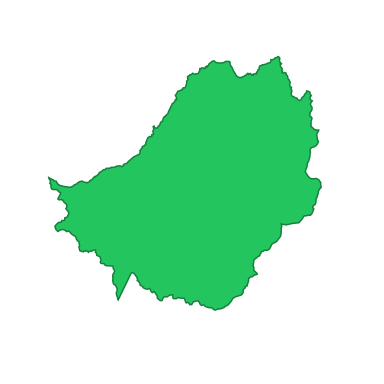 Planadas, Tolima, Colombia (orthographic projection), rotated 344°
{"feature_id": "7082276B16084639884321", "entity_name": "Planadas", "entity_type": "district", "adm_level": 2, "iso_a3": "COL", "parent_name": "Colombia", "parent_adm1": "Tolima", "projection": "orthographic", "projection_center": [-75.818, 3.098], "detail": "fine", "context": "isolated", "style": "filled", "palette": "green", "viewbox_px": 384, "rotation_deg": 344, "n_neighbors": 0, "source": "geoboundaries", "source_scale": "gbopen_adm2", "svg_char_len": 5951}
<svg xmlns="http://www.w3.org/2000/svg" viewBox="0 0 384 384"><g transform="rotate(344 192 192)"><path d="M327.2,166.1L324.3,161.3L325.2,159.8L325.7,157.3L327.6,154.4L327.6,153.2L326.3,151.2L326.2,150.2L327.1,149.2L327.3,148.3L329.4,146.6L330.2,145.5L330.7,143.8L329.9,141.0L330.7,139.1L332.8,137.6L331.8,136.8L331.0,134.6L332.2,133.0L333.3,132.2L332.5,130.6L332.8,128.7L332.2,127.7L330.1,126.5L329.8,127.4L327.1,129.3L326.0,130.6L323.7,131.6L322.1,133.6L320.8,133.8L319.3,132.4L318.6,130.6L316.9,129.7L316.2,128.3L315.1,128.0L314.4,127.0L314.3,125.6L315.0,123.8L315.8,122.6L315.8,120.0L316.5,118.7L315.6,118.2L315.3,117.7L315.4,116.1L316.6,113.6L316.2,110.8L315.5,109.4L315.8,106.7L315.0,105.5L315.2,103.7L314.2,102.7L312.0,102.8L311.5,102.4L311.8,100.7L312.4,100.6L312.1,99.3L312.7,98.2L311.9,96.5L311.7,95.1L312.2,93.3L312.9,93.7L313.4,93.4L312.3,91.4L312.5,88.9L313.3,87.9L312.5,85.7L311.7,85.6L310.8,86.1L308.9,86.0L307.8,86.7L305.4,87.1L304.4,86.5L303.6,88.3L302.6,89.2L299.7,89.0L299.1,89.5L294.5,89.2L291.8,89.6L291.0,90.6L290.4,92.4L289.2,92.7L287.9,94.6L287.2,94.6L287.2,95.2L286.5,95.6L286.3,96.2L285.8,95.6L283.8,95.8L283.4,95.5L282.9,95.7L282.9,96.4L282.3,96.0L281.8,96.1L280.6,94.0L279.0,94.6L278.4,93.3L277.0,93.9L276.5,94.5L274.8,94.6L274.4,95.0L272.9,95.3L272.2,95.1L271.0,95.8L270.4,95.3L269.1,95.1L268.2,94.4L266.3,92.0L266.4,90.7L265.2,87.0L264.9,83.9L263.8,80.2L264.3,77.9L264.0,76.9L260.5,75.7L258.3,76.4L254.2,75.8L250.6,74.0L249.5,72.1L247.8,71.8L243.6,73.6L242.4,75.2L241.1,75.0L241.0,75.9L240.1,75.3L239.5,75.4L238.4,77.0L237.4,76.0L235.4,75.4L234.9,75.5L234.5,76.1L233.5,75.6L232.8,77.7L232.1,78.1L231.6,79.1L230.1,79.9L228.1,79.4L227.1,79.6L225.3,78.0L223.3,79.1L222.3,78.7L221.9,79.1L219.6,79.8L219.1,81.3L219.4,82.7L217.4,84.0L216.8,86.1L214.8,89.2L213.6,89.9L212.3,89.4L211.7,90.3L210.6,90.5L210.3,91.4L209.4,91.1L206.1,91.3L204.3,93.3L202.7,94.3L203.1,96.9L202.7,97.7L202.8,99.0L201.4,98.8L200.6,100.0L199.2,101.0L197.1,101.8L196.6,102.9L195.2,104.0L194.7,105.0L193.6,105.9L193.4,106.6L192.0,107.6L190.4,110.1L187.6,111.4L187.2,112.0L186.6,112.0L186.0,112.5L185.3,112.4L183.0,115.9L181.1,116.3L179.1,119.1L177.8,119.3L176.1,121.0L173.8,120.0L173.6,118.1L172.7,118.4L172.6,121.0L171.1,122.8L170.9,126.0L169.0,125.9L168.6,127.7L166.4,127.0L164.5,127.7L161.3,131.7L160.7,133.3L159.1,134.2L156.6,134.8L156.3,135.9L154.3,137.0L153.9,137.8L153.3,138.0L153.3,139.2L151.9,141.1L145.7,142.2L139.1,145.2L137.0,146.6L134.7,146.4L133.2,147.3L132.6,148.3L131.9,148.4L129.8,146.9L126.6,146.4L124.5,146.9L120.9,146.0L119.6,146.5L116.1,145.6L114.7,146.5L113.2,146.2L109.1,147.8L108.2,147.7L106.9,149.2L104.4,150.3L103.0,150.3L102.7,151.0L102.1,150.6L98.5,152.9L97.9,152.7L96.8,153.0L96.5,153.7L95.7,153.9L93.4,154.2L93.0,153.6L90.7,152.7L90.1,151.8L88.9,151.1L86.0,151.2L83.1,152.5L80.8,152.7L79.0,153.7L76.1,153.9L69.6,151.0L68.0,149.8L67.0,149.5L65.0,147.1L64.5,144.3L62.5,143.2L61.8,141.8L60.8,141.3L58.3,138.7L58.2,139.7L58.9,141.7L58.7,143.1L57.7,144.6L58.5,145.8L57.7,148.7L57.9,150.2L58.6,151.1L62.7,152.5L63.4,153.3L63.8,154.7L65.5,156.6L64.5,158.1L61.1,161.7L62.0,162.9L63.8,163.2L65.4,164.0L66.3,166.9L68.2,169.6L67.4,172.1L66.1,173.3L67.7,176.9L67.6,179.0L66.3,180.1L65.4,181.6L62.6,181.8L61.8,184.0L61.0,184.1L59.0,183.5L58.0,184.9L55.3,184.5L52.3,186.0L50.7,187.3L50.9,190.6L52.2,193.0L55.1,192.2L57.8,192.5L59.7,194.1L60.3,195.2L61.4,195.7L62.4,195.5L63.1,196.0L64.8,199.5L67.9,202.9L67.9,205.4L68.5,207.4L69.5,208.4L69.2,212.5L68.1,213.7L68.0,217.6L71.1,219.6L72.0,219.0L73.0,219.5L74.0,219.2L74.9,219.9L75.9,221.5L77.1,220.5L78.1,220.7L78.9,221.4L81.8,220.6L82.9,221.0L83.3,221.8L82.5,223.0L83.2,224.5L83.0,226.7L85.4,228.6L85.9,230.7L85.7,232.4L84.5,234.2L84.8,235.5L87.7,236.7L88.3,238.5L88.8,239.0L94.8,241.1L95.6,241.8L95.2,244.0L95.9,246.5L94.9,248.2L94.0,248.6L92.7,250.5L92.1,253.6L91.3,255.5L91.2,258.8L92.8,260.7L93.4,264.8L92.3,267.1L91.4,267.9L91.1,270.5L91.4,272.8L91.0,274.4L91.3,275.4L111.2,253.2L112.7,253.1L114.5,255.3L114.6,256.7L115.7,258.6L115.4,259.4L115.7,260.5L114.9,262.1L116.2,263.2L116.2,264.2L116.7,265.7L116.4,267.2L118.5,269.2L118.6,270.3L119.6,271.6L121.9,273.0L124.8,273.2L125.3,276.5L126.1,277.8L128.3,277.4L129.9,282.4L129.4,284.5L131.3,287.5L132.3,288.0L133.4,288.0L134.7,286.2L136.0,285.3L137.0,285.2L139.2,286.0L142.0,285.0L145.0,285.5L144.5,288.9L145.1,289.6L148.0,290.2L149.2,289.6L149.9,289.7L151.1,290.6L155.0,291.9L155.4,292.8L155.6,296.6L156.0,297.0L157.5,297.0L158.3,297.9L158.7,299.6L159.8,299.7L160.6,300.2L163.2,297.9L167.8,298.2L168.3,298.9L169.0,302.5L169.7,303.6L171.9,303.6L173.2,305.5L175.0,307.0L177.0,308.1L178.9,308.6L180.7,311.2L182.1,312.0L183.9,311.6L187.9,312.2L191.2,311.8L192.8,310.8L194.3,310.9L195.7,310.4L200.1,307.5L201.4,305.8L204.8,304.7L210.6,304.6L211.8,304.2L213.5,302.7L214.1,300.4L215.8,299.1L216.8,298.8L217.1,297.7L219.3,297.4L219.9,295.6L220.4,295.3L221.9,293.1L222.6,290.7L223.4,290.7L224.7,289.7L226.7,290.1L229.1,288.9L230.9,289.2L232.1,289.0L232.0,287.9L229.8,284.3L230.7,281.6L230.4,280.6L230.7,279.1L232.8,274.5L235.0,273.3L236.3,273.1L237.5,272.1L239.2,272.1L242.1,268.7L244.0,268.6L245.4,268.1L246.4,268.1L247.6,268.7L250.2,268.5L252.0,267.0L254.3,264.2L259.7,262.9L263.9,259.8L265.0,258.7L266.1,256.7L268.0,250.9L268.9,249.7L268.9,247.4L273.6,249.6L280.0,249.9L286.1,251.0L286.6,250.9L290.1,248.5L293.2,245.9L295.6,246.4L297.8,246.4L299.5,247.0L301.7,245.4L304.4,241.9L303.8,240.3L303.9,239.2L307.2,237.7L308.1,236.3L309.4,232.8L310.9,231.4L311.8,229.5L312.6,228.8L313.5,226.4L315.9,224.0L317.5,223.1L317.7,220.2L318.3,218.5L317.2,215.2L315.3,213.3L311.2,212.5L309.2,211.3L307.9,208.8L306.5,203.9L307.5,201.8L309.4,199.5L310.9,196.1L312.7,194.4L315.1,190.5L315.9,187.9L316.8,186.5L316.9,184.5L317.4,183.5L318.2,182.8L319.8,182.2L321.8,182.3L324.3,181.5L325.8,180.4L327.5,178.3L327.0,176.6L327.7,171.2L328.5,169.9L330.5,168.3L330.8,167.2L329.1,167.1L327.9,166.1L327.2,166.1Z" fill="#22c55e" stroke="#15803d" stroke-width="1.5"/></g></svg>